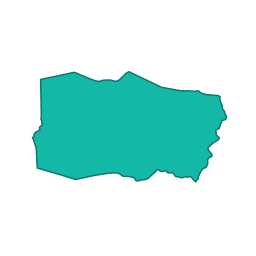 Santa Rita, Santa Bárbara, Honduras, rotated 75°
{"feature_id": "27666195B84919379327477", "entity_name": "Santa Rita", "entity_type": "district", "adm_level": 2, "iso_a3": "HND", "parent_name": "Honduras", "parent_adm1": "Santa Bárbara", "projection": "natural_earth1", "projection_center": [-88.257, 14.756], "detail": "fine", "context": "isolated", "style": "filled", "palette": "teal", "viewbox_px": 256, "rotation_deg": 75, "n_neighbors": 0, "source": "geoboundaries", "source_scale": "gbopen_adm2", "svg_char_len": 5528}
<svg xmlns="http://www.w3.org/2000/svg" viewBox="0 0 256 256"><g transform="rotate(75 128 128)"><path d="M58.5,199.8L95.0,208.9L95.4,209.2L95.8,209.4L96.1,209.5L96.4,209.6L96.7,209.7L97.3,209.7L97.5,209.7L97.9,209.6L98.0,209.5L98.6,209.6L100.5,209.8L101.9,209.9L102.3,210.0L102.8,210.1L102.9,210.3L103.8,212.2L104.0,212.6L104.3,213.0L104.6,213.3L104.9,213.5L105.2,213.6L105.5,213.6L106.1,213.5L106.6,213.4L107.0,213.5L107.2,213.8L107.3,214.0L107.3,214.4L107.3,214.8L107.5,215.5L108.2,218.3L108.3,218.6L108.4,218.9L108.7,219.2L109.0,219.5L109.5,220.0L110.1,220.4L110.5,220.7L110.8,220.8L111.1,220.9L111.4,220.9L111.5,220.9L111.8,221.0L112.0,221.1L112.1,221.3L112.3,221.6L112.4,221.8L112.4,222.2L112.4,222.6L123.5,221.8L143.2,226.0L156.1,204.7L164.1,192.1L165.1,172.9L166.7,157.8L168.2,151.2L168.4,150.6L168.9,149.6L169.5,148.7L170.0,148.1L170.3,147.7L170.6,147.4L170.9,147.2L171.7,146.7L172.2,146.3L173.0,145.5L173.3,145.2L173.5,144.9L173.6,144.6L173.8,143.6L174.0,143.0L174.6,141.0L174.7,140.6L175.7,138.4L176.4,137.0L176.5,136.7L177.2,135.7L177.6,135.3L177.9,134.9L178.1,134.8L178.2,134.7L178.5,134.6L179.2,134.5L179.8,134.3L180.5,134.1L181.0,133.8L181.3,133.4L181.5,133.1L181.6,132.7L181.7,132.3L181.7,132.0L181.7,131.3L181.6,129.9L181.6,129.2L181.7,128.4L181.8,127.6L182.1,126.4L182.2,125.8L182.2,124.8L182.2,124.2L182.2,123.6L182.1,123.0L182.0,122.5L181.9,122.1L181.7,121.5L181.3,120.5L181.0,120.0L180.4,119.1L180.2,118.6L179.7,117.4L179.5,117.0L179.1,116.4L178.9,116.1L178.8,115.7L178.3,114.6L177.8,113.3L177.6,113.0L175.8,110.8L175.8,110.7L175.7,110.6L175.7,110.4L175.8,110.2L176.0,109.9L178.3,107.5L178.5,107.3L178.6,107.1L178.7,106.8L178.8,106.5L178.9,106.1L179.0,105.7L179.0,105.3L179.1,103.9L179.1,102.9L179.2,102.6L179.2,102.3L179.3,102.2L179.7,101.9L180.1,101.8L180.7,101.7L181.0,101.6L181.3,101.3L181.5,101.1L181.7,100.9L181.9,100.4L182.1,99.8L182.3,99.1L182.4,98.0L182.5,97.5L182.7,96.8L182.7,96.6L182.9,96.4L183.0,96.3L183.2,96.1L183.5,95.8L184.4,95.6L186.4,94.9L186.7,94.8L187.1,94.4L187.3,94.2L187.5,93.9L187.6,93.6L187.8,93.1L187.9,92.8L188.0,92.5L188.3,92.2L188.6,91.3L188.9,90.8L189.2,90.4L189.6,89.8L189.8,89.5L189.9,89.2L190.0,88.9L190.1,88.5L190.1,88.2L190.0,87.5L189.9,86.8L189.9,86.4L189.8,86.0L189.8,85.6L189.9,85.3L190.1,84.9L190.3,84.5L190.6,83.9L190.8,83.1L190.9,82.8L190.9,82.4L190.9,82.1L190.9,81.4L190.9,81.1L191.0,80.6L191.1,80.3L191.3,80.1L191.6,79.9L191.9,79.7L192.4,79.4L192.8,79.2L193.7,78.8L194.9,78.2L195.5,77.9L197.4,76.7L197.5,76.6L197.5,76.4L197.4,76.3L197.0,76.1L196.9,76.0L196.8,75.8L196.6,75.7L196.2,74.8L195.9,74.3L195.6,73.8L195.3,73.5L194.8,73.1L194.5,73.0L194.3,72.8L193.9,72.7L193.5,72.7L193.3,72.7L193.1,72.6L192.9,72.5L191.1,70.8L189.1,69.1L188.3,68.2L187.5,67.3L187.2,66.9L187.0,66.6L186.8,66.3L186.7,65.9L186.6,64.9L186.3,63.5L186.2,63.1L186.0,62.7L185.8,62.4L185.6,62.2L183.5,60.5L183.2,60.3L182.9,60.1L182.7,60.0L182.3,59.9L181.3,59.8L180.3,59.6L180.0,59.5L179.6,59.4L179.3,59.2L178.9,59.0L178.6,58.7L178.4,58.4L178.1,57.9L177.7,57.3L177.5,56.9L177.4,56.4L177.3,55.5L177.1,54.8L177.0,54.3L176.9,54.2L176.4,53.9L176.0,53.9L175.3,53.9L174.8,54.0L174.2,54.2L173.7,54.4L172.2,55.2L171.4,55.5L170.4,55.9L169.6,56.1L169.4,56.1L169.1,56.1L168.8,56.1L168.5,56.0L168.1,55.7L167.6,55.4L167.3,55.0L167.0,54.5L164.9,50.5L164.6,49.9L164.4,49.3L164.0,48.1L163.1,45.1L162.6,43.7L162.5,43.4L162.3,43.1L162.0,42.8L161.8,42.6L161.5,42.5L161.3,42.4L161.1,42.4L160.8,42.5L160.4,42.6L160.0,42.9L159.0,43.6L158.7,43.9L158.4,44.1L158.1,44.2L157.8,44.3L157.4,44.4L157.0,44.4L156.3,44.5L155.8,44.2L155.2,44.1L154.9,44.0L154.0,44.0L153.7,44.0L153.2,43.9L152.9,43.7L152.7,43.5L152.6,43.2L152.5,42.8L152.4,42.5L152.4,42.2L152.5,41.5L152.4,41.2L152.3,40.9L152.2,40.6L152.1,40.4L152.0,40.2L150.8,39.2L149.5,38.2L148.3,37.5L147.1,36.8L146.7,36.6L146.4,36.3L146.0,35.9L145.8,35.7L145.6,35.4L145.3,35.0L145.2,34.7L145.2,34.4L145.1,34.0L145.2,33.4L145.1,32.9L145.0,32.3L144.9,31.6L144.7,31.3L144.5,31.1L144.3,30.9L144.1,30.7L143.7,30.5L142.9,30.3L142.0,30.1L141.2,30.0L140.5,30.2L139.8,30.5L139.4,30.8L139.2,30.9L138.4,30.7L137.6,30.6L136.9,30.5L136.6,30.5L136.4,30.6L136.2,30.8L135.5,31.2L134.8,31.5L134.2,31.6L133.6,31.7L132.8,31.6L130.6,31.3L129.7,31.2L129.6,31.3L129.4,31.4L128.9,31.5L127.3,31.7L124.0,31.8L123.7,31.8L123.3,31.7L123.0,31.6L122.6,31.3L122.3,31.2L122.0,31.1L121.5,31.0L119.8,32.8L119.7,33.0L119.6,33.4L119.6,33.8L119.6,34.1L119.5,34.3L119.4,34.6L119.1,35.3L117.9,38.2L117.8,38.6L117.6,39.3L117.5,39.7L116.2,43.2L115.8,44.1L115.0,45.5L114.6,46.2L114.1,47.0L113.6,47.7L113.1,48.3L112.5,48.8L112.0,49.3L111.7,49.5L111.1,49.8L110.8,50.1L110.4,50.5L110.2,50.8L110.1,51.0L110.0,52.4L109.9,53.6L109.8,54.0L108.6,58.0L108.4,58.2L108.3,58.6L108.1,58.8L107.8,59.7L107.5,60.7L107.3,61.6L107.1,62.3L106.9,63.4L106.7,64.0L106.4,65.1L106.1,66.1L104.7,69.6L97.4,85.0L73.9,112.5L74.1,113.6L74.3,114.3L74.6,115.4L74.8,116.1L75.1,116.6L75.5,117.2L75.9,117.8L76.9,119.6L77.5,120.7L78.4,122.5L79.2,123.8L79.5,124.5L79.7,125.1L79.8,125.9L79.8,126.5L79.8,126.8L79.8,127.2L79.6,127.8L79.5,128.2L79.3,128.8L78.6,130.1L77.8,131.4L77.5,132.0L77.1,132.8L76.9,133.3L76.7,134.1L76.2,136.1L75.8,137.9L75.6,138.8L75.5,139.6L75.4,141.0L75.5,141.5L75.6,142.2L75.6,142.5L75.5,143.5L75.3,144.2L74.9,145.4L74.8,145.8L74.6,146.1L74.3,146.6L73.7,147.6L73.4,148.1L70.8,151.9L70.5,152.3L70.1,152.8L69.8,153.2L68.0,155.4L67.3,156.3L67.2,156.5L67.0,156.9L66.8,157.1L66.1,157.9L65.0,159.4L63.6,161.2L62.6,162.5L61.3,163.9L61.1,164.3L60.8,164.7L60.3,165.7L58.5,199.8Z" fill="#14b8a6" stroke="#0f766e" stroke-width="1.5"/></g></svg>